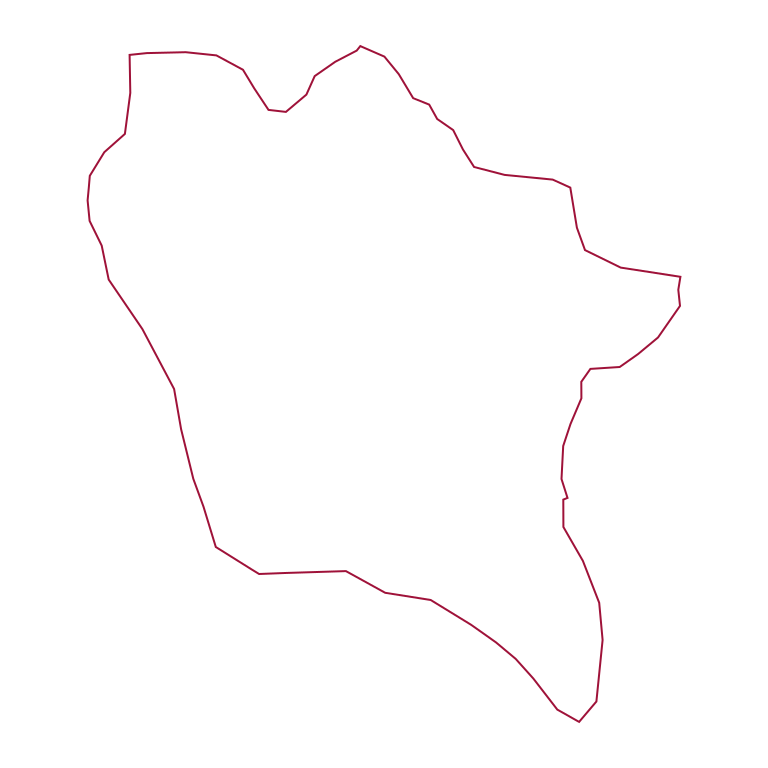 Enköping, Uppsala, Sweden (Albers equal-area conic projection)
{"feature_id": "70781695B25535474598498", "entity_name": "Enköping", "entity_type": "district", "adm_level": 2, "iso_a3": "SWE", "parent_name": "Sweden", "parent_adm1": "Uppsala", "projection": "albers", "projection_center": [17.163, 59.678], "detail": "fine", "context": "isolated", "style": "outline", "palette": "rose", "viewbox_px": 768, "rotation_deg": 0, "n_neighbors": 0, "source": "geoboundaries", "source_scale": "gbopen_adm2", "svg_char_len": 1007}
<svg xmlns="http://www.w3.org/2000/svg" viewBox="0 0 768 768"><path d="M129.6,54.9L130.3,92.9L124.9,133.9L104.3,152.2L89.8,175.8L88.8,187.7L87.6,200.4L89.6,220.9L101.7,245.6L108.7,279.6L142.4,329.1L174.1,389.0L181.1,429.2L193.3,478.8L203.5,506.7L215.8,547.0L251.1,569.1L259.1,574.0L284.9,573.0L345.9,571.1L385.2,592.8L430.7,600.0L471.1,624.8L496.0,642.4L515.7,658.9L533.3,678.5L557.3,709.6L572.9,718.4L579.1,721.9L596.4,701.5L602.6,640.0L599.2,602.8L582.9,560.9L563.4,527.0L563.3,499.6L567.5,497.9L561.5,479.0L563.2,446.0L570.5,424.0L581.4,398.3L581.3,381.8L590.4,368.9L619.7,367.0L638.0,354.1L658.0,337.5L680.0,305.9L678.3,289.8L680.4,276.8L620.7,267.6L585.0,250.1L576.9,227.7L570.3,187.6L552.7,179.6L504.6,174.9L474.1,167.0L462.9,149.4L453.2,130.1L437.2,119.0L429.2,104.6L413.2,98.2L398.8,74.2L384.4,56.6L360.3,46.1L356.7,50.6L335.2,61.8L314.7,76.1L306.4,94.6L285.9,111.9L268.5,109.9L254.2,88.3L243.0,69.8L216.4,55.4L185.7,52.2L146.8,53.1L129.6,54.9Z" fill="none" stroke="#9f1239" stroke-width="2"/></svg>